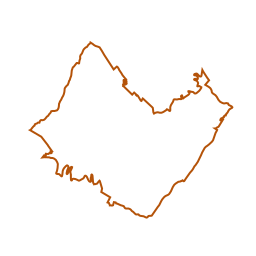 the district of Chia, Cundinamarca, Colombia, rotated 19°
{"feature_id": "7082276B36074400968325", "entity_name": "Chia", "entity_type": "district", "adm_level": 2, "iso_a3": "COL", "parent_name": "Colombia", "parent_adm1": "Cundinamarca", "projection": "orthographic", "projection_center": [-74.043, 4.869], "detail": "fine", "context": "isolated", "style": "outline", "palette": "amber", "viewbox_px": 256, "rotation_deg": 19, "n_neighbors": 0, "source": "geoboundaries", "source_scale": "gbopen_adm2", "svg_char_len": 5727}
<svg xmlns="http://www.w3.org/2000/svg" viewBox="0 0 256 256"><g transform="rotate(19 128 128)"><path d="M179.4,48.9L180.3,53.9L180.4,55.0L180.1,55.6L179.5,55.8L178.8,55.8L176.1,54.4L175.3,54.2L174.5,54.5L173.4,55.3L173.2,55.7L173.2,56.2L173.3,56.4L173.7,56.5L175.4,56.2L176.0,56.3L176.9,57.0L177.8,57.9L178.0,58.9L177.8,59.3L177.4,59.5L176.0,59.5L175.4,59.7L174.8,60.1L174.7,60.5L175.1,60.9L177.8,61.0L179.0,61.9L179.6,62.6L179.8,63.1L179.8,65.2L180.0,65.9L180.4,65.9L181.5,65.2L181.8,65.1L184.1,65.6L184.2,66.3L183.5,69.0L183.1,69.9L181.6,72.4L180.9,73.2L180.3,73.5L179.6,73.6L178.5,73.0L177.7,72.8L176.2,73.1L174.1,73.2L173.3,73.4L173.1,73.6L173.3,74.1L174.8,74.7L174.8,75.8L174.2,77.1L171.2,80.9L170.6,82.1L170.3,82.2L170.2,82.1L168.8,80.0L168.5,79.6L168.3,79.6L167.8,80.3L167.8,80.8L169.0,82.5L169.2,83.0L169.0,83.3L168.6,83.5L166.8,84.0L165.0,85.1L162.7,85.7L162.2,86.0L162.0,86.4L162.0,88.5L161.2,92.1L161.1,93.0L161.2,94.6L162.2,97.5L162.2,97.9L162.0,98.3L161.4,98.3L159.4,97.6L158.6,97.7L158.3,98.7L156.3,101.2L155.5,102.0L154.6,102.7L153.2,103.2L151.1,103.4L150.1,103.9L148.9,104.7L147.9,105.9L147.0,105.1L144.9,100.9L144.2,100.5L132.7,95.4L132.3,95.3L131.9,98.0L131.2,98.0L126.8,94.3L126.3,94.1L125.8,94.6L125.0,94.2L125.2,93.8L122.3,92.5L121.1,95.1L111.6,90.6L110.3,90.0L109.8,90.0L109.6,89.0L109.2,88.8L109.2,88.3L109.6,88.2L110.6,88.2L111.1,88.0L111.3,87.8L110.4,87.0L110.3,86.4L110.7,86.3L112.0,87.0L112.2,86.7L112.2,86.3L111.4,85.9L111.6,85.0L111.1,84.8L110.3,85.0L109.7,86.3L109.4,86.4L109.1,86.3L108.9,85.9L108.8,85.1L108.5,84.9L108.3,84.3L108.3,84.0L108.6,83.9L110.1,83.9L111.1,84.3L111.1,84.1L110.6,83.1L110.6,82.8L109.1,82.0L108.3,81.5L105.7,79.9L104.1,78.5L100.8,76.0L99.9,75.0L98.5,73.9L97.8,73.6L97.4,73.6L95.4,77.3L81.8,66.7L78.1,63.5L74.9,61.0L73.3,60.9L70.5,61.0L68.4,60.5L67.5,60.1L64.7,59.4L64.8,60.1L63.5,62.1L62.8,64.7L61.9,65.5L61.5,66.1L60.6,67.9L60.4,68.8L60.2,72.5L59.4,74.7L59.5,76.2L60.2,77.8L60.2,80.1L60.7,82.8L60.5,83.0L59.0,83.0L58.3,83.3L56.8,87.6L56.1,88.7L56.1,91.9L57.2,96.6L57.3,97.7L57.2,99.5L57.3,101.5L57.0,102.6L57.1,104.8L57.0,106.8L56.2,108.2L55.5,110.1L55.3,111.1L55.4,111.8L55.7,112.9L56.1,114.6L56.3,117.0L56.2,118.8L55.8,120.7L55.6,123.0L55.0,125.3L55.1,126.0L54.9,127.4L55.6,130.2L55.8,131.8L55.7,132.9L55.2,134.3L54.6,134.8L52.9,135.9L51.5,136.3L50.0,137.1L49.8,138.6L49.3,140.0L48.9,140.7L48.6,142.3L47.6,143.7L46.8,146.0L46.2,147.2L45.8,147.7L44.6,148.5L43.5,148.7L42.9,149.1L42.5,150.2L42.5,151.8L41.6,152.0L41.0,152.3L40.4,153.4L39.3,154.2L38.7,154.9L38.9,155.7L38.8,156.3L38.3,156.8L37.7,158.2L36.9,160.4L36.9,161.1L36.1,161.9L48.9,164.5L57.9,170.4L58.0,170.6L63.7,174.7L62.7,175.2L63.0,175.5L63.4,175.6L63.9,176.1L63.9,176.4L63.6,176.8L62.9,177.1L62.1,176.7L61.9,177.0L61.5,178.1L61.3,178.4L60.1,178.8L59.5,179.1L59.0,179.0L58.7,179.1L58.8,179.7L59.2,180.6L59.2,181.7L59.0,181.8L58.1,181.6L57.9,181.1L57.6,181.1L56.7,183.7L58.5,182.8L59.0,182.7L61.8,181.8L63.2,181.4L64.6,181.5L66.5,180.9L68.2,181.0L70.2,181.7L72.2,183.4L73.4,184.9L74.4,188.7L74.8,191.4L74.8,194.1L75.2,194.5L76.0,194.5L77.5,194.1L78.1,194.1L80.6,195.3L81.0,195.3L81.2,195.1L81.1,193.5L80.3,190.0L80.3,188.3L80.6,186.8L81.6,184.4L82.5,183.2L83.1,183.2L83.6,183.4L84.1,183.8L84.3,184.2L84.5,185.6L84.3,187.9L84.7,190.7L84.9,191.2L85.3,191.4L85.6,191.2L85.8,190.7L86.0,189.5L86.0,188.4L85.6,186.8L85.7,185.7L87.0,183.3L87.5,183.1L87.9,183.2L88.0,183.8L87.6,187.5L87.8,188.2L88.2,189.1L89.2,190.7L90.3,194.0L91.1,195.8L91.4,196.0L91.7,196.0L92.0,195.7L92.0,194.6L92.2,194.2L93.1,193.7L95.0,193.4L97.4,193.6L98.5,193.8L99.2,193.5L102.1,190.3L102.5,189.2L102.7,187.5L103.0,187.1L103.5,186.9L104.2,187.1L104.9,187.5L107.2,189.9L108.6,191.0L109.3,191.2L110.0,191.1L110.3,190.6L110.3,190.0L109.1,187.8L109.0,185.9L108.6,184.2L108.9,183.8L109.4,184.0L109.8,184.4L110.3,185.4L112.4,190.2L113.0,191.2L114.2,192.3L114.6,191.9L115.4,191.7L116.9,190.6L117.6,188.4L118.2,187.1L118.7,187.4L123.2,193.7L123.3,194.4L123.6,197.2L133.7,199.3L132.9,205.1L134.4,205.1L135.5,206.4L136.0,206.7L136.1,207.1L137.5,206.6L138.1,206.6L139.0,205.9L138.8,202.7L140.6,202.4L141.4,203.2L142.3,203.0L146.4,203.4L147.5,203.3L149.4,203.3L150.9,204.5L151.5,204.8L152.3,204.8L154.6,204.0L155.8,204.0L156.6,204.1L157.4,204.4L158.6,205.2L160.2,205.6L162.9,206.9L163.6,207.1L164.5,206.9L165.5,206.4L165.9,206.3L166.3,206.4L167.0,206.9L167.5,207.0L168.4,207.0L171.5,206.4L172.4,206.5L173.7,206.7L174.9,206.6L175.1,206.4L175.6,205.7L176.0,204.6L176.4,204.3L178.4,203.5L179.0,203.1L181.9,192.8L182.6,190.9L182.8,189.6L183.2,186.4L183.6,184.4L184.6,181.7L185.6,180.1L187.7,178.1L188.3,177.2L188.6,176.3L189.2,173.9L189.6,169.3L190.2,166.7L191.1,165.1L193.1,162.5L194.8,161.6L195.4,160.9L196.0,160.7L196.2,160.4L196.4,159.9L196.6,159.7L197.9,160.2L198.3,160.0L198.5,159.7L199.1,157.2L201.2,150.0L202.3,147.4L202.8,145.6L203.3,142.6L203.9,141.3L205.0,137.3L205.9,130.0L206.1,127.0L207.0,121.9L207.7,120.4L208.7,119.1L210.0,117.1L211.8,113.7L212.4,111.9L212.4,104.1L212.8,102.0L212.9,100.8L210.4,100.1L211.1,99.8L211.6,99.2L212.0,98.5L212.9,97.7L213.3,97.0L215.1,88.9L214.8,88.8L214.4,89.0L214.1,89.5L214.0,90.3L213.7,90.6L213.0,90.7L212.7,90.5L212.7,89.4L213.1,88.4L214.4,87.5L214.6,87.1L214.6,86.9L215.1,86.7L215.2,86.4L214.9,85.9L215.1,85.2L215.6,84.7L215.9,83.9L216.1,84.4L216.3,84.4L216.4,83.8L216.5,82.1L216.9,81.5L217.1,80.8L217.4,78.8L217.8,77.5L218.1,77.0L218.6,76.5L218.9,76.0L219.8,75.1L219.9,74.4L218.9,73.8L215.8,73.4L215.2,73.0L214.8,72.3L214.6,72.2L212.9,72.4L210.9,73.5L210.2,73.6L209.0,73.6L206.6,73.2L204.3,71.9L201.9,69.7L200.0,68.5L197.0,67.7L196.0,67.2L195.4,66.5L195.0,65.6L194.1,64.5L192.8,63.5L190.8,62.8L187.0,62.0L189.1,56.5L186.4,54.6L180.9,50.3L179.4,48.9Z" fill="none" stroke="#b45309" stroke-width="2"/></g></svg>